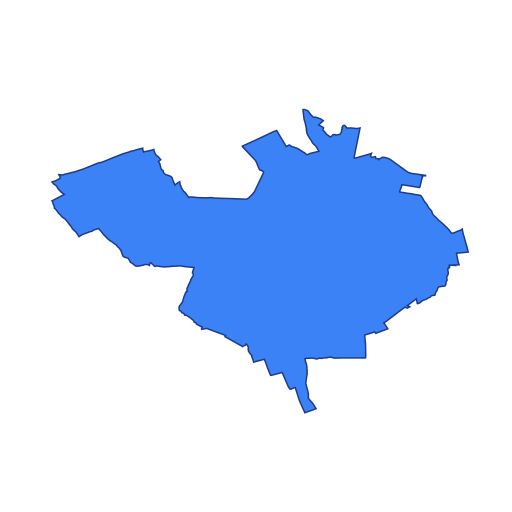 outline of Vaslui, Vaslui, Romania, rotated 186°
{"feature_id": "2599482B13653290667893", "entity_name": "Vaslui", "entity_type": "district", "adm_level": 2, "iso_a3": "ROU", "parent_name": "Romania", "parent_adm1": "Vaslui", "projection": "equal_earth", "projection_center": [27.742, 46.653], "detail": "fine", "context": "isolated", "style": "filled", "palette": "blue", "viewbox_px": 512, "rotation_deg": 186, "n_neighbors": 0, "source": "geoboundaries", "source_scale": "gbopen_adm2", "svg_char_len": 6071}
<svg xmlns="http://www.w3.org/2000/svg" viewBox="0 0 512 512"><g transform="rotate(186 256 256)"><path d="M219.2,387.3L218.3,383.8L217.4,382.0L215.2,379.0L212.7,376.1L211.9,374.8L210.5,373.3L209.1,372.5L208.0,371.6L205.8,368.8L204.4,366.7L212.6,363.8L215.4,362.2L216.6,362.3L218.8,364.0L219.6,364.0L220.6,364.7L225.0,366.9L226.9,367.6L232.1,368.7L234.5,369.9L237.4,368.1L248.6,383.0L251.9,381.3L269.2,370.8L281.1,363.8L280.9,363.3L266.7,351.1L264.9,348.4L263.2,345.1L261.4,342.0L259.6,341.7L257.7,340.8L257.3,340.3L257.2,339.8L264.2,319.9L265.9,317.2L269.3,313.0L271.2,311.6L273.7,311.3L285.5,310.6L297.3,309.7L303.6,309.3L306.9,309.4L312.2,308.5L313.7,308.5L317.0,308.2L322.2,307.9L323.1,308.1L328.1,307.8L328.8,307.1L332.1,310.5L332.4,311.1L334.1,312.4L334.7,312.6L337.1,315.8L337.8,317.0L338.2,318.1L338.6,318.4L339.0,319.3L339.6,321.9L341.6,320.5L343.6,318.6L344.0,318.0L346.7,322.9L347.7,325.2L348.8,326.1L351.1,326.9L354.3,327.5L355.9,328.5L356.7,329.3L357.5,331.5L358.6,331.7L359.1,332.4L359.5,332.7L361.1,337.0L361.1,337.5L361.5,337.8L362.8,339.9L360.8,341.8L363.9,344.8L365.2,345.4L366.2,346.2L367.8,348.6L368.5,350.3L368.7,351.3L371.0,350.3L375.0,348.9L376.2,348.6L378.7,347.7L379.8,350.1L379.9,351.4L384.7,349.7L389.8,347.5L390.8,347.4L392.1,346.8L392.6,346.4L399.1,343.7L409.3,338.4L417.0,334.2L420.3,332.6L420.8,332.7L423.5,331.6L436.8,324.5L444.7,320.9L455.3,317.1L456.4,316.4L460.6,316.3L460.2,315.6L459.5,315.1L459.1,313.8L459.0,312.6L461.6,310.9L463.9,309.5L465.7,308.8L466.7,308.3L464.7,306.5L462.3,305.2L460.9,303.8L460.4,302.8L459.3,301.6L457.4,300.0L456.0,298.9L453.1,297.2L464.7,289.5L464.2,289.0L462.8,285.9L461.7,284.1L461.6,282.7L461.4,282.4L459.5,281.0L456.8,277.9L454.8,276.4L453.0,274.6L449.7,272.8L448.9,272.1L446.8,270.0L445.7,268.7L443.6,266.7L442.7,265.8L442.2,264.9L441.3,263.8L437.2,260.7L434.1,256.7L430.9,259.2L429.6,259.9L425.5,261.8L424.7,262.4L421.8,263.4L421.1,264.1L419.9,265.0L416.4,266.5L415.4,266.8L412.7,264.4L409.8,261.4L405.4,257.7L403.2,256.2L400.7,255.0L397.6,253.1L396.0,252.4L394.9,251.0L392.8,249.5L390.7,247.0L390.1,245.5L389.7,244.9L389.3,243.7L388.9,243.0L388.1,241.9L387.0,241.2L382.8,240.4L380.1,236.5L378.4,235.9L375.1,233.6L373.3,233.4L370.7,234.0L367.3,235.1L366.3,235.7L364.7,236.0L362.6,236.2L361.0,235.5L360.7,237.9L360.0,238.4L356.5,235.8L355.9,235.1L355.4,235.1L353.3,235.8L349.4,235.5L346.9,235.6L345.8,235.5L343.7,236.0L341.4,236.3L338.9,236.9L330.0,238.3L324.6,238.0L316.4,238.1L317.5,233.1L317.3,232.6L316.9,232.2L316.4,230.7L316.4,230.1L316.7,229.0L317.6,227.6L317.8,226.8L318.4,225.7L318.3,225.3L319.4,221.7L319.5,221.7L319.9,220.8L320.6,218.1L321.1,217.0L321.3,216.3L320.9,214.7L321.0,214.3L320.6,213.8L321.6,213.3L322.1,212.3L323.4,207.9L324.3,202.7L326.2,199.3L326.8,198.6L327.2,196.9L326.7,194.1L326.2,193.6L325.4,193.6L324.9,193.3L323.8,191.9L322.5,191.5L321.1,190.8L320.9,190.3L320.9,189.9L320.5,189.6L319.7,189.8L318.9,189.7L314.7,187.5L312.3,185.9L311.7,185.7L310.9,184.6L310.7,183.9L310.3,183.7L308.6,183.2L308.5,182.8L308.0,182.0L303.1,180.0L302.7,180.2L302.1,179.9L302.6,177.7L302.4,177.4L297.5,178.8L278.6,174.0L277.9,173.7L278.4,172.5L259.7,164.5L259.4,165.0L258.7,165.4L257.5,165.9L256.7,167.3L256.6,167.5L256.3,167.5L254.2,164.8L254.0,164.3L254.1,163.0L253.8,161.5L253.5,160.6L253.0,159.9L251.2,157.7L249.8,156.8L249.8,155.7L248.7,153.8L247.2,150.2L236.9,154.2L234.4,149.3L233.1,146.5L229.2,139.0L229.0,138.8L226.4,139.6L217.8,142.9L210.4,129.7L208.4,127.2L207.9,127.1L207.0,127.4L204.3,128.9L203.4,129.3L203.2,129.2L197.6,116.5L191.0,105.2L180.3,110.4L183.1,114.1L184.7,115.9L187.7,118.6L189.0,120.2L189.5,124.3L190.3,126.9L193.2,134.5L193.1,139.7L192.8,143.8L193.3,148.2L194.3,153.1L195.5,155.8L196.6,159.0L195.6,159.4L189.8,160.3L187.8,160.4L186.5,160.0L184.4,160.0L182.9,160.9L181.7,161.1L180.0,161.0L178.3,161.7L174.7,162.2L173.7,162.8L171.4,163.1L170.0,163.1L167.6,162.6L161.7,163.4L136.4,166.1L136.5,168.7L137.8,179.5L139.7,188.7L130.0,192.9L128.8,191.6L117.3,197.4L121.9,203.0L119.8,204.5L102.5,220.8L100.3,219.9L97.8,221.5L100.3,222.5L92.1,230.1L90.9,226.8L90.8,225.9L90.5,225.5L88.4,226.4L87.2,227.5L86.9,228.0L86.5,228.3L86.3,228.7L81.9,231.0L80.4,232.2L78.8,233.1L78.2,233.6L77.7,234.5L76.3,235.2L74.4,235.6L73.9,236.0L73.7,238.2L72.2,241.1L72.1,241.8L71.9,242.8L71.3,244.3L69.6,244.7L68.4,245.2L65.4,245.7L64.8,246.2L64.5,246.7L64.2,248.1L64.3,250.3L63.7,251.2L63.4,252.0L64.0,254.1L64.0,255.6L63.6,256.6L63.3,257.0L63.0,258.4L63.0,259.3L63.2,260.2L64.0,262.6L63.6,264.0L63.0,263.8L63.1,264.8L62.2,265.3L62.9,266.5L62.7,267.1L57.8,267.4L58.4,267.7L53.1,268.5L54.4,271.4L54.9,273.0L56.9,279.7L45.3,282.1L46.3,284.5L46.9,286.6L49.4,292.4L50.6,295.8L52.3,299.8L53.3,302.9L53.6,304.4L55.5,302.9L59.2,301.1L60.2,300.4L62.5,299.3L64.1,299.2L66.5,301.9L68.4,303.6L74.8,308.5L77.7,310.3L81.0,313.1L83.4,314.9L84.4,316.0L85.1,316.9L85.9,318.9L86.3,319.4L89.1,321.8L91.7,325.4L94.4,328.1L96.9,331.7L98.5,333.4L98.9,333.5L105.9,333.9L107.3,334.2L111.4,334.2L119.8,334.7L119.9,335.0L119.7,336.1L118.5,340.3L118.4,340.9L118.6,341.4L118.5,342.2L100.5,341.2L100.1,342.6L99.2,349.7L98.6,352.2L99.0,352.9L99.3,353.2L97.2,353.4L95.8,353.4L95.8,353.9L109.7,354.4L111.3,354.6L113.3,355.1L114.9,355.9L132.5,366.0L134.9,366.9L138.6,367.5L140.5,367.4L141.0,367.2L143.9,364.8L144.0,365.4L147.1,365.5L147.6,367.3L151.2,366.2L152.6,367.4L151.9,370.2L154.5,368.9L166.1,364.3L167.8,363.7L168.8,363.9L165.9,394.2L169.0,393.3L175.4,393.3L176.7,392.9L177.7,393.0L178.7,392.6L180.8,394.6L181.5,395.1L182.5,395.0L183.2,394.5L183.2,393.7L183.7,393.4L183.9,392.8L183.8,392.2L183.5,392.0L183.4,391.7L184.0,390.5L184.1,389.9L183.9,388.6L184.9,386.2L185.8,385.6L189.1,384.6L189.4,384.6L190.0,385.0L191.8,384.9L192.2,384.7L192.6,383.7L194.5,382.2L194.8,382.1L196.5,383.3L197.7,383.8L199.4,385.2L200.8,386.9L202.4,387.9L202.6,388.3L202.3,390.7L204.6,391.8L207.4,392.8L203.2,397.6L206.0,399.1L211.1,400.3L213.4,399.9L216.5,402.5L219.5,405.8L220.4,406.1L223.4,406.8L224.5,406.6L224.6,406.4L222.5,397.1L221.1,393.8L219.8,389.9L219.0,387.4L219.2,387.3Z" fill="#3b82f6" stroke="#1e3a8a" stroke-width="1.5"/></g></svg>